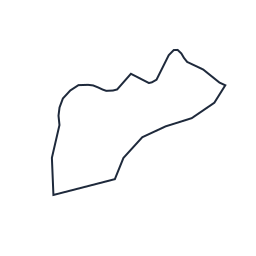 SVG path tracing the border of Alger, rotated 114°
{"feature_id": "DZA-2195", "entity_name": "Alger", "entity_type": "Province", "adm_level": 1, "iso_a3": "DZA", "parent_name": "Algeria", "parent_adm1": "", "projection": "albers", "projection_center": [3.057, 36.732], "detail": "fine", "context": "isolated", "style": "outline", "palette": "slate", "viewbox_px": 256, "rotation_deg": 114, "n_neighbors": 0, "source": "natural_earth", "source_scale": "10m", "svg_char_len": 573}
<svg xmlns="http://www.w3.org/2000/svg" viewBox="0 0 256 256"><g transform="rotate(114 128 128)"><path d="M49.4,56.5L69.8,59.4L93.1,73.8L111.2,94.3L130.6,111.2L157.2,120.0L180.1,119.2L180.7,120.0L219.5,168.9L186.2,185.4L153.2,191.8L145.0,196.5L137.1,198.9L127.5,199.5L117.2,196.0L109.0,190.7L104.8,182.0L103.3,177.2L103.1,171.8L103.2,166.8L102.9,163.0L99.9,157.0L97.2,153.6L77.3,147.4L78.4,127.2L76.6,124.8L72.3,121.6L44.9,120.4L38.2,117.9L36.5,114.4L38.2,109.6L41.2,105.4L43.6,100.8L44.0,83.1L49.3,62.9L49.4,56.5Z" fill="none" stroke="#1e293b" stroke-width="2"/></g></svg>